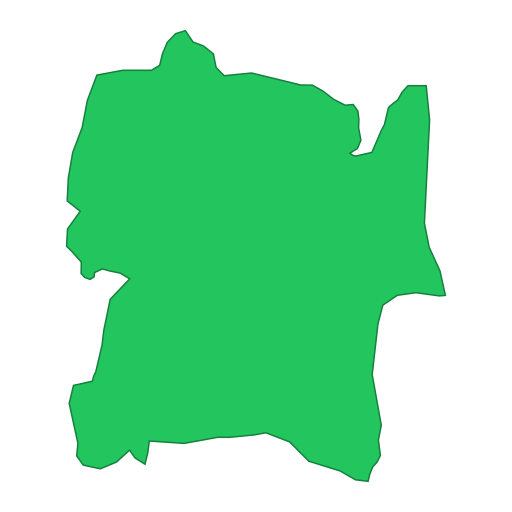 map outline of Pŏḷŏnnaruva (Mercator projection)
{"feature_id": "LKA-2453", "entity_name": "Pŏḷŏnnaruva", "entity_type": "District", "adm_level": 1, "iso_a3": "LKA", "parent_name": "Sri Lanka", "parent_adm1": "", "projection": "mercator", "projection_center": [81.021, 7.997], "detail": "fine", "context": "isolated", "style": "filled", "palette": "green", "viewbox_px": 512, "rotation_deg": 0, "n_neighbors": 0, "source": "natural_earth", "source_scale": "10m", "svg_char_len": 1320}
<svg xmlns="http://www.w3.org/2000/svg" viewBox="0 0 512 512"><path d="M90.1,279.4L84.7,277.4L81.1,273.6L81.3,262.1L72.3,251.9L66.6,246.3L67.5,229.0L80.2,211.3L67.2,200.9L68.3,178.1L72.7,152.5L82.1,127.7L87.4,100.3L96.9,75.1L122.6,70.3L151.4,70.3L159.7,65.3L162.4,53.9L167.3,42.3L175.7,33.6L185.4,30.7L193.0,42.0L203.5,46.0L213.4,53.9L216.1,67.5L224.2,75.7L251.6,73.0L300.7,85.0L312.3,85.1L323.1,91.2L333.6,99.3L345.1,105.2L353.2,104.5L357.9,111.1L358.9,119.4L358.6,127.9L360.9,140.3L357.4,148.5L349.9,153.2L352.4,155.1L355.6,156.1L371.9,152.4L381.1,130.9L384.4,124.6L388.5,107.5L392.9,103.6L397.8,99.9L402.1,92.1L408.0,85.7L416.1,85.7L426.2,85.7L429.6,119.8L424.4,223.2L429.2,247.3L440.0,271.0L445.4,295.4L439.4,295.9L415.9,292.7L397.3,295.3L382.8,305.2L377.9,324.2L372.2,374.6L381.3,425.3L378.4,440.0L380.4,455.5L376.8,462.5L372.7,466.9L369.7,474.5L368.1,481.3L355.5,479.8L340.2,471.0L308.8,461.2L289.6,441.9L266.0,432.8L254.1,434.9L229.9,437.3L217.7,437.3L184.1,443.4L149.3,441.0L147.8,452.8L145.0,464.2L135.1,458.0L129.5,450.2L116.6,462.0L100.3,468.8L83.2,465.1L76.7,455.9L77.9,443.2L69.2,403.4L73.5,385.4L92.4,381.2L93.6,376.4L95.8,371.7L102.0,345.3L103.8,330.3L110.2,299.3L129.7,278.8L120.1,273.1L109.9,271.0L102.4,268.9L94.5,272.6L94.2,276.8L90.1,279.4Z" fill="#22c55e" stroke="#15803d" stroke-width="1.5"/></svg>